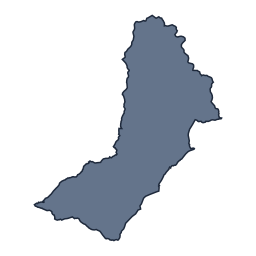 the district of Frumosu, Suceava, Romania
{"feature_id": "2599482B3089317058178", "entity_name": "Frumosu", "entity_type": "district", "adm_level": 2, "iso_a3": "ROU", "parent_name": "Romania", "parent_adm1": "Suceava", "projection": "orthographic", "projection_center": [25.627, 47.639], "detail": "fine", "context": "isolated", "style": "filled", "palette": "slate", "viewbox_px": 256, "rotation_deg": 0, "n_neighbors": 0, "source": "geoboundaries", "source_scale": "gbopen_adm2", "svg_char_len": 5831}
<svg xmlns="http://www.w3.org/2000/svg" viewBox="0 0 256 256"><path d="M105.3,238.3L106.1,238.8L106.4,238.8L106.8,238.5L108.4,238.7L109.6,239.4L109.9,239.9L111.7,240.2L112.0,240.0L112.6,240.1L113.0,240.0L113.9,240.6L115.4,239.8L116.6,239.6L117.6,240.1L118.4,239.9L119.8,237.6L120.1,235.5L119.9,234.3L121.2,232.6L121.4,231.4L121.9,230.7L123.7,228.9L124.6,226.7L125.6,223.3L132.2,216.4L135.6,213.9L138.1,210.0L140.6,209.1L140.4,207.7L140.0,206.4L140.0,205.7L141.4,203.9L143.6,198.2L145.6,196.3L149.7,194.5L156.9,191.7L158.8,191.1L159.1,187.6L158.9,186.8L158.7,186.5L159.5,185.7L159.1,185.1L158.7,185.0L158.9,184.2L159.5,183.1L161.0,181.0L162.1,179.1L163.5,176.2L163.8,175.1L165.4,173.7L165.9,172.6L169.0,169.1L168.9,168.7L169.4,167.7L169.6,167.2L170.6,168.0L170.8,167.1L171.7,166.0L172.3,165.6L173.5,165.8L174.3,165.2L175.6,165.2L175.9,164.9L176.8,163.8L177.7,162.1L178.5,161.5L179.0,160.8L180.1,160.3L180.4,159.5L181.6,159.1L185.7,153.9L188.0,151.7L189.6,150.8L192.8,149.7L193.9,149.3L194.4,148.7L194.2,148.4L193.5,148.1L192.4,148.2L190.7,148.6L189.6,146.4L189.4,145.3L189.6,144.5L189.4,144.2L188.8,143.7L189.3,140.8L188.2,135.3L188.4,133.2L189.7,129.0L190.7,127.5L192.7,124.2L195.2,119.7L196.5,120.1L197.2,120.5L197.7,121.1L198.6,121.6L201.1,121.3L201.3,121.5L201.8,122.2L203.0,122.7L205.2,122.2L205.6,121.9L205.7,121.4L205.9,121.3L208.4,121.4L210.2,120.7L210.9,120.2L212.3,119.8L215.1,120.2L217.1,119.4L218.6,119.2L219.1,118.6L220.0,119.0L220.8,118.5L221.4,118.6L221.6,118.0L219.9,117.8L219.2,117.3L219.2,116.9L218.8,116.2L218.6,114.5L219.0,113.7L218.6,112.4L218.8,111.4L218.2,109.3L217.1,108.7L216.3,108.7L215.6,108.4L215.0,107.6L214.7,106.0L214.0,105.1L211.4,102.2L211.1,101.6L212.0,99.7L212.2,98.7L212.4,98.0L212.4,97.0L212.2,96.1L212.2,95.3L211.9,94.8L211.6,93.8L210.4,91.9L210.1,89.1L210.6,87.9L211.3,87.2L211.6,86.2L211.6,84.4L211.7,83.9L213.0,82.4L213.3,82.2L212.6,81.1L211.9,78.5L211.4,77.8L210.6,77.3L208.0,76.3L206.9,75.4L205.1,75.5L203.2,75.0L201.7,75.6L201.7,75.2L200.7,74.6L200.2,73.8L199.9,73.2L199.7,72.0L198.9,71.5L198.0,71.1L197.4,70.5L193.0,70.4L192.8,70.2L193.0,69.0L193.5,67.5L193.7,67.2L193.6,65.1L193.4,64.7L192.4,63.8L189.0,63.0L187.9,62.0L187.8,61.5L188.3,60.1L188.6,58.3L188.5,57.6L187.9,55.6L186.7,54.8L184.5,52.9L184.2,52.5L184.0,52.0L184.0,50.2L183.5,49.3L181.7,47.4L181.4,46.9L181.4,44.6L182.6,42.9L185.1,40.4L185.0,38.2L184.0,37.3L183.3,36.8L181.1,36.2L179.2,36.5L177.9,37.0L176.6,36.7L175.8,36.3L175.5,35.9L174.9,34.5L176.8,32.1L176.8,31.8L177.3,30.8L176.7,30.1L176.1,28.8L176.3,27.7L176.3,27.3L174.8,26.0L173.7,25.7L172.6,24.9L171.8,24.9L168.0,26.1L166.5,26.0L165.1,25.5L164.4,25.8L164.4,23.1L163.0,20.3L162.6,20.0L162.0,18.9L161.8,18.3L161.6,18.1L160.1,17.9L158.8,16.8L156.2,18.2L155.7,18.0L152.2,15.4L148.1,17.8L146.8,18.3L146.0,20.7L145.7,20.9L145.0,21.1L143.7,20.5L140.9,21.7L138.7,22.1L137.2,21.6L136.2,21.7L135.6,22.1L134.6,23.8L134.3,24.8L134.6,27.3L134.6,28.8L134.2,29.9L133.1,31.7L133.0,32.3L133.2,33.5L133.8,35.8L133.9,36.4L133.2,40.1L131.9,42.1L131.7,43.4L131.8,44.0L131.5,45.1L130.5,46.7L127.8,49.2L126.8,50.9L125.9,51.9L125.0,52.4L124.7,54.3L125.2,57.0L124.7,57.7L123.6,58.4L122.3,59.4L125.6,62.9L126.3,64.1L127.1,65.9L127.1,67.3L127.5,68.3L128.4,69.5L129.2,70.2L129.2,70.7L128.1,71.8L127.8,72.5L127.8,73.4L128.6,75.7L128.3,77.3L127.2,78.3L126.8,80.2L126.6,82.5L126.9,83.2L127.3,87.7L126.1,89.5L123.9,91.4L122.6,93.1L122.4,94.6L122.9,94.9L123.6,96.1L124.6,99.2L124.8,101.4L125.0,101.6L124.7,102.6L124.1,104.0L124.0,104.3L124.2,105.3L123.9,106.3L123.9,106.7L124.3,107.6L124.9,108.3L125.1,108.8L125.1,109.2L124.9,109.8L124.2,111.2L124.1,113.4L123.5,114.0L123.2,114.8L122.8,115.3L121.8,117.7L121.6,118.5L121.7,120.0L121.0,121.7L121.0,122.8L120.8,123.1L120.6,125.6L120.7,126.8L121.0,127.1L121.1,127.7L121.7,128.5L119.6,128.5L119.0,128.4L118.9,129.5L118.8,130.0L119.0,133.4L118.6,134.2L119.8,135.5L119.5,136.1L118.6,136.9L118.4,137.8L118.7,138.5L118.5,138.8L118.5,139.1L117.8,140.2L116.9,140.8L115.9,141.9L114.8,144.5L114.5,144.8L114.2,145.6L113.4,146.5L114.0,147.4L114.8,147.7L115.2,148.4L115.4,148.2L115.9,149.0L116.9,150.1L116.1,152.5L117.0,154.0L116.5,154.9L116.1,154.8L115.5,154.9L113.6,156.2L112.7,156.5L111.5,157.7L110.9,157.7L109.7,156.9L109.2,157.9L108.7,158.2L107.1,158.4L106.0,158.3L103.4,158.9L102.5,159.7L101.2,161.3L100.6,162.4L97.2,162.7L95.5,163.0L94.4,162.8L93.2,162.0L92.2,161.6L91.8,161.8L91.0,161.6L90.0,161.0L89.5,161.3L89.4,161.9L88.7,162.0L88.9,162.9L88.6,163.3L88.0,163.6L87.1,163.5L86.7,164.0L86.0,164.0L85.5,164.7L84.4,165.6L84.0,166.1L83.7,166.3L83.6,166.6L83.5,167.5L83.1,168.6L83.1,169.1L82.5,169.9L82.3,171.0L81.8,171.3L81.4,172.0L80.9,172.2L80.8,172.6L79.4,173.9L78.3,174.5L77.7,174.7L77.1,175.8L76.7,176.5L76.2,176.9L75.8,176.9L74.6,177.0L73.2,176.7L72.7,176.9L72.3,176.8L70.8,177.6L70.4,177.6L69.7,177.9L69.2,177.7L68.7,178.1L67.7,178.0L66.9,178.7L66.0,179.0L65.6,179.6L65.3,179.8L64.2,180.1L61.7,181.3L59.8,182.9L59.5,183.3L59.3,184.4L58.8,185.3L57.4,187.0L56.3,188.0L53.4,191.1L51.2,194.1L50.5,194.7L47.7,197.5L45.3,198.4L44.8,199.3L43.0,201.2L43.8,201.6L44.0,202.0L43.9,202.3L43.5,202.4L41.0,202.0L39.6,202.6L38.6,202.2L38.3,202.5L37.8,203.5L37.6,203.6L36.6,203.2L34.4,204.7L35.0,205.5L35.3,206.1L36.3,206.3L37.7,207.2L39.1,207.4L41.1,208.2L41.7,208.2L42.2,208.3L42.3,208.6L47.0,210.6L49.5,210.3L50.5,210.7L51.8,211.7L52.0,213.2L52.7,214.3L53.8,215.1L54.2,215.1L54.8,217.3L54.7,219.0L55.6,219.3L56.1,219.8L57.7,220.1L58.6,219.7L59.6,219.7L60.2,219.2L60.7,219.3L61.7,220.1L64.7,218.8L66.9,218.6L68.2,218.3L72.4,216.9L74.5,218.6L74.9,218.3L76.2,218.4L77.4,218.1L78.9,218.7L79.6,220.1L80.5,221.6L82.8,223.3L84.0,224.0L85.3,224.4L87.3,226.5L88.3,227.2L88.5,227.6L89.4,228.3L89.8,228.4L90.4,228.9L92.0,229.6L93.2,229.8L94.6,229.9L96.3,229.5L97.3,230.1L99.7,231.1L100.5,231.9L102.5,234.8L105.3,238.3Z" fill="#64748b" stroke="#1e293b" stroke-width="1.5"/></svg>